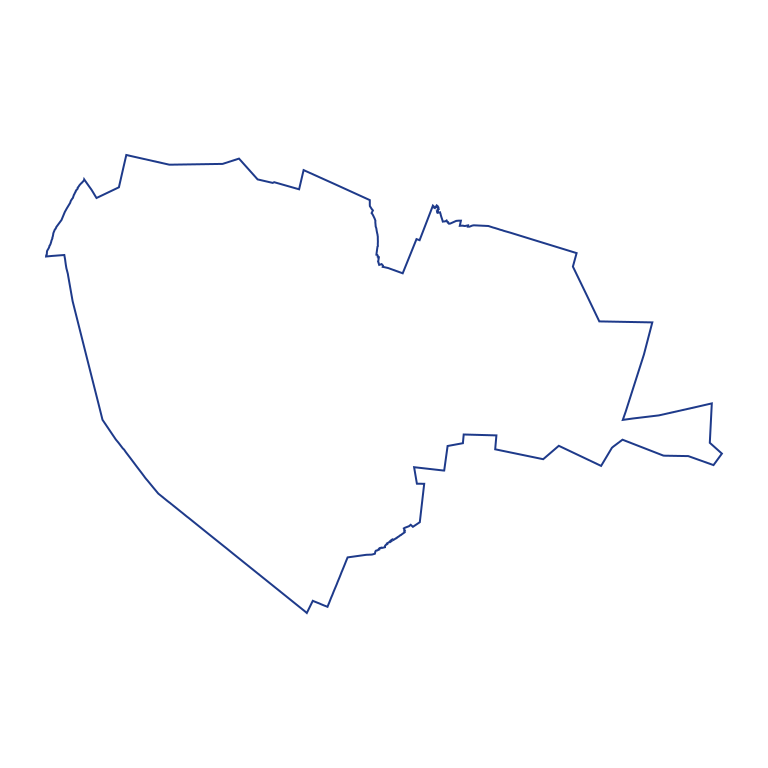 Villa de Ramos, San Luis Potosí, Mexico
{"feature_id": "50627088B71687106347178", "entity_name": "Villa de Ramos", "entity_type": "district", "adm_level": 2, "iso_a3": "MEX", "parent_name": "Mexico", "parent_adm1": "San Luis Potosí", "projection": "mercator", "projection_center": [-101.949, 22.904], "detail": "fine", "context": "isolated", "style": "outline", "palette": "blue", "viewbox_px": 768, "rotation_deg": 0, "n_neighbors": 0, "source": "geoboundaries", "source_scale": "gbopen_adm2", "svg_char_len": 5431}
<svg xmlns="http://www.w3.org/2000/svg" viewBox="0 0 768 768"><path d="M576.6,253.1L568.8,250.7L534.0,240.0L510.4,232.7L503.7,230.8L502.1,230.2L501.2,230.0L500.5,229.8L499.8,229.6L498.7,229.2L494.5,227.9L494.1,227.8L493.3,227.6L488.4,226.0L473.8,225.3L472.2,225.6L470.7,226.2L469.4,226.7L467.8,226.7L468.0,225.4L466.4,225.7L465.0,226.0L464.9,226.0L463.1,225.8L463.0,225.7L461.5,225.7L459.8,225.8L460.9,220.7L459.1,220.7L458.3,220.7L457.2,220.8L456.4,220.9L456.2,220.9L450.6,223.4L449.1,223.9L449.1,224.3L448.7,223.3L448.2,222.3L447.7,222.5L447.1,221.5L446.6,220.5L446.0,220.9L445.8,221.1L444.9,221.4L443.4,221.5L442.8,221.6L442.3,219.8L441.3,216.8L440.8,215.1L440.4,213.4L440.3,213.2L440.0,212.3L439.4,212.5L439.0,212.5L438.9,212.6L438.5,212.6L438.4,212.6L438.0,212.7L438.0,212.2L437.2,212.3L437.2,212.2L437.1,211.8L437.1,211.7L437.0,211.3L437.4,211.3L437.5,211.3L437.9,211.2L437.9,210.9L437.5,210.9L437.5,210.4L437.5,210.1L437.9,210.1L438.0,210.0L438.0,209.9L438.0,209.5L438.1,209.4L438.1,208.8L438.6,208.9L438.5,208.4L438.4,207.4L437.6,206.1L436.7,205.4L436.4,205.9L436.9,206.5L436.5,207.2L435.5,207.0L434.9,208.1L434.2,207.8L433.7,206.4L432.9,205.6L430.5,211.9L419.6,240.2L416.5,239.1L410.3,254.5L402.7,273.3L388.0,268.0L384.1,267.1L382.7,266.9L383.0,265.6L382.9,265.5L382.2,264.8L381.6,264.1L379.2,264.9L378.2,261.8L378.3,261.8L378.2,261.5L378.8,257.7L378.4,257.7L378.5,256.9L377.7,256.7L377.7,255.5L377.3,254.9L376.4,254.7L376.9,250.9L377.1,249.4L377.5,246.6L377.9,246.1L377.8,244.9L377.8,244.3L377.8,243.2L377.9,242.0L377.8,238.7L377.8,236.6L377.6,235.6L377.5,234.5L377.3,233.8L377.0,232.4L376.7,230.9L376.5,229.6L376.3,228.3L376.0,227.4L375.7,226.6L375.5,224.2L375.3,222.1L375.4,220.7L374.6,218.5L373.1,215.4L372.4,214.1L371.6,213.1L372.9,210.4L372.3,209.7L372.2,209.6L371.9,209.3L371.9,209.2L371.7,209.0L371.3,208.3L370.8,207.6L370.4,206.9L369.9,206.2L369.8,205.0L369.8,203.7L369.8,203.2L369.8,202.4L369.8,201.6L369.8,200.8L369.8,200.1L334.7,184.1L303.6,170.1L299.1,189.3L274.2,182.2L272.7,182.9L257.6,179.4L239.0,158.6L222.6,163.9L169.4,164.7L126.3,155.0L123.3,168.0L118.9,187.3L96.5,198.0L94.9,195.4L93.0,192.2L91.4,189.6L89.1,186.4L88.6,185.7L84.8,180.3L84.2,179.4L84.1,179.9L83.8,180.5L83.5,180.9L83.3,181.2L83.0,181.5L82.5,182.0L82.1,182.5L81.6,183.0L81.0,183.5L80.2,184.4L79.4,185.3L79.0,186.0L78.6,186.6L78.1,187.2L77.8,187.6L77.6,187.9L77.6,188.3L77.7,188.5L77.4,189.0L77.2,189.3L76.9,189.6L76.6,189.9L76.2,190.2L75.6,191.4L75.7,191.6L75.4,192.1L75.1,192.6L74.6,193.5L74.3,194.3L73.9,194.8L73.7,195.6L73.4,196.2L73.3,196.7L73.1,197.2L72.9,197.9L72.3,198.6L72.0,199.0L71.7,199.5L71.4,200.0L71.1,200.3L70.9,200.7L70.5,201.8L70.4,202.0L70.2,202.8L66.8,208.4L64.8,212.0L61.5,220.0L56.2,227.2L56.1,227.8L55.7,228.4L55.5,228.9L55.4,229.0L55.2,229.1L54.9,229.6L54.7,229.9L54.5,230.2L54.5,230.3L54.3,230.9L53.8,232.0L53.3,233.4L53.2,234.4L52.9,235.8L52.8,236.4L52.5,237.3L52.3,237.9L52.4,238.3L52.1,239.1L51.7,240.0L51.4,240.8L51.4,241.0L51.0,242.5L50.9,242.7L50.8,243.0L50.7,243.5L50.3,244.5L50.0,245.1L49.8,245.5L49.6,245.6L49.4,246.0L49.3,246.6L49.2,247.0L49.1,247.3L48.4,248.7L48.1,249.2L47.9,249.5L47.5,250.2L47.1,251.0L47.0,251.4L46.9,252.4L46.9,253.2L46.8,253.8L46.8,254.0L46.8,254.3L46.5,255.1L46.4,255.3L46.3,255.6L46.2,255.6L46.2,255.8L46.1,256.5L52.5,255.9L53.9,255.8L64.3,255.0L65.1,259.5L65.4,261.8L65.8,264.7L66.4,268.3L67.5,272.5L67.9,274.1L68.1,275.5L72.6,301.1L87.2,359.1L98.5,403.8L102.5,419.8L115.8,439.5L118.7,443.0L122.8,448.4L124.1,449.6L124.5,450.2L125.8,452.1L130.3,458.0L136.9,466.8L142.1,473.6L145.2,477.8L146.5,479.4L147.4,480.4L152.8,487.0L158.3,493.6L167.8,501.3L168.5,501.8L169.1,502.3L170.1,503.0L170.9,503.7L177.5,509.0L186.9,516.6L188.5,517.8L209.6,534.8L217.1,540.8L224.6,546.8L226.0,547.9L229.2,550.5L233.0,553.6L305.1,611.5L306.8,613.0L312.8,600.8L313.9,601.3L315.4,601.9L316.9,602.5L318.4,603.1L318.5,603.1L319.9,603.7L321.4,604.4L321.5,604.4L322.9,605.0L324.4,605.6L326.0,606.2L327.5,606.8L328.7,603.8L328.8,603.7L330.0,600.6L331.1,597.8L332.4,594.8L333.6,591.7L335.5,587.2L336.8,584.1L337.6,582.0L339.4,577.7L340.6,574.7L341.4,572.6L341.8,571.6L342.4,570.3L342.4,570.2L343.6,567.3L344.9,564.1L345.8,561.8L347.6,557.4L366.3,554.8L371.8,554.6L373.3,554.2L374.3,553.9L374.9,553.7L375.4,551.4L375.9,550.7L376.9,550.4L376.9,550.5L377.1,550.5L378.3,549.9L379.2,549.5L379.0,549.2L378.8,549.0L379.4,548.3L379.6,548.1L380.7,547.9L380.9,548.0L381.2,547.7L381.3,547.6L382.0,547.7L382.2,547.9L385.0,547.2L385.0,546.0L385.6,545.1L386.3,544.6L386.6,544.5L387.3,544.0L387.0,543.4L388.6,542.5L389.1,542.2L389.8,541.5L390.2,542.0L391.6,541.0L391.1,540.3L391.5,540.0L392.5,539.3L393.2,539.5L393.5,539.9L394.3,539.4L396.4,538.0L396.5,538.1L397.3,537.5L397.6,537.1L397.9,537.0L398.4,536.7L398.5,536.7L400.5,535.1L400.8,535.1L401.3,534.8L401.4,534.7L401.7,534.4L403.4,533.2L404.7,532.3L404.2,531.1L404.9,530.7L404.0,528.9L403.8,528.4L404.8,527.8L407.4,526.8L409.0,526.2L410.7,524.8L412.9,526.8L419.8,522.2L424.2,483.8L416.9,483.7L414.1,467.2L443.3,470.5L444.2,470.5L447.6,446.0L462.9,443.2L463.7,434.5L496.4,435.4L495.6,444.4L495.2,449.3L543.2,459.2L558.8,445.8L601.1,465.9L611.9,447.8L613.3,446.6L622.5,439.7L663.4,455.6L665.3,455.7L688.3,456.1L713.5,465.1L721.9,453.6L709.8,442.8L711.8,403.4L696.6,406.9L658.8,415.4L632.8,418.5L622.8,419.9L625.7,411.6L632.4,390.6L643.9,354.6L652.3,322.4L599.3,321.4L589.9,301.8L587.9,297.6L572.9,266.6L576.6,253.1Z" fill="none" stroke="#1e3a8a" stroke-width="2"/></svg>